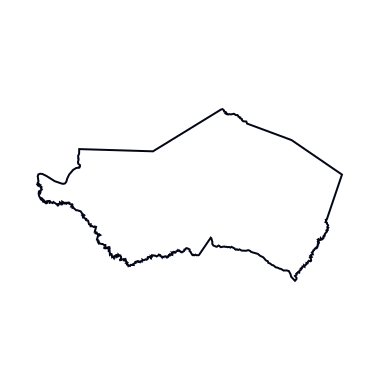 Milán, Caquetá, Colombia, rotated 124°
{"feature_id": "7082276B138661064638", "entity_name": "Milán", "entity_type": "district", "adm_level": 2, "iso_a3": "COL", "parent_name": "Colombia", "parent_adm1": "Caquetá", "projection": "robinson", "projection_center": [-75.283, 1.126], "detail": "fine", "context": "isolated", "style": "outline", "palette": "ink", "viewbox_px": 384, "rotation_deg": 124, "n_neighbors": 0, "source": "geoboundaries", "source_scale": "gbopen_adm2", "svg_char_len": 6018}
<svg xmlns="http://www.w3.org/2000/svg" viewBox="0 0 384 384"><g transform="rotate(124 192 192)"><path d="M93.7,77.4L93.3,138.5L104.5,184.6L103.2,186.4L104.7,189.0L104.5,190.6L103.7,191.3L103.9,193.4L103.2,193.7L103.6,195.7L103.1,196.1L102.8,197.3L103.7,198.6L103.7,201.0L105.9,203.1L106.4,204.3L107.6,205.5L107.4,206.1L108.1,206.8L108.1,207.4L107.8,207.1L107.7,207.5L107.5,207.3L106.9,208.5L107.3,210.4L106.5,211.1L106.2,213.0L107.3,214.0L180.1,247.1L219.5,309.5L223.4,307.0L226.0,306.5L227.6,304.9L228.0,305.0L228.5,304.2L231.2,303.1L232.1,302.2L232.4,299.9L233.6,299.1L234.2,299.5L234.9,299.1L236.8,301.4L240.1,302.9L246.1,303.6L250.5,303.0L253.9,301.9L255.9,302.1L257.0,303.0L257.8,304.5L259.8,311.8L260.1,321.6L260.7,326.0L261.7,328.0L263.3,329.2L265.2,328.7L269.1,325.2L270.6,325.0L270.8,323.8L272.2,324.6L272.8,322.9L271.5,322.4L271.2,321.8L272.2,321.8L271.9,319.7L272.5,319.3L272.6,320.0L272.9,320.0L274.0,317.9L275.8,318.6L276.4,317.7L277.9,317.2L277.9,317.7L276.9,318.8L277.2,319.2L279.3,318.1L280.9,316.3L282.3,313.7L282.1,313.4L281.3,313.4L281.2,312.9L281.6,311.2L282.6,311.9L282.6,311.0L283.3,310.1L283.1,309.4L282.3,309.2L282.8,308.6L283.0,306.6L282.5,306.3L282.4,307.4L281.9,307.8L281.5,306.2L280.5,306.9L279.0,305.0L279.1,304.4L280.2,304.3L280.5,303.9L279.5,303.3L279.1,301.3L277.8,301.3L277.8,297.9L278.2,295.6L277.5,295.5L277.2,296.7L275.7,295.0L274.5,295.7L274.5,294.1L275.3,293.3L274.7,292.7L272.6,294.2L272.5,293.1L272.9,291.3L272.7,291.1L272.3,291.7L271.6,290.7L271.4,290.4L272.0,289.9L272.0,289.5L270.7,289.2L270.5,288.6L270.1,288.8L269.8,288.5L269.5,287.7L270.3,287.4L270.2,286.0L269.2,284.4L269.4,284.1L270.1,284.2L270.5,283.2L271.2,283.9L271.6,283.9L271.2,283.0L272.0,282.2L271.4,281.6L271.9,277.8L271.2,276.7L270.3,273.5L271.4,270.7L271.5,268.2L271.8,268.2L272.1,269.4L272.6,269.8L272.7,268.9L273.3,268.9L274.1,268.1L273.6,267.0L273.9,265.4L273.5,264.7L274.5,264.2L274.5,263.5L273.9,262.7L274.0,261.9L276.3,259.4L276.3,258.5L275.5,258.0L277.1,256.9L276.9,256.5L276.1,256.4L276.0,254.1L275.7,253.6L275.0,253.4L274.6,252.0L279.3,250.4L278.9,249.8L279.6,248.9L279.0,248.2L279.3,247.8L279.9,248.1L279.6,247.2L279.9,246.4L278.9,245.5L279.0,244.0L281.3,245.3L284.6,244.2L284.4,243.4L285.2,243.0L285.0,242.0L286.3,241.7L286.4,241.4L285.8,241.1L286.8,240.3L286.1,239.5L285.7,237.9L285.1,237.1L285.1,235.1L284.4,234.2L286.4,232.9L287.0,233.7L287.5,233.5L287.3,232.5L285.7,231.5L285.7,231.2L286.2,230.9L285.7,229.5L285.1,229.4L284.3,230.2L283.9,229.7L285.1,228.5L287.2,228.2L287.1,227.6L287.6,227.7L287.7,226.7L289.6,225.2L288.7,225.1L288.6,223.7L289.5,223.4L289.7,222.6L290.7,221.8L289.3,220.9L290.1,220.5L290.5,219.6L288.1,220.1L286.7,219.6L286.9,218.7L288.0,218.1L286.7,217.3L286.5,217.5L286.8,218.1L286.2,218.4L286.0,217.4L285.1,218.0L285.2,217.3L284.7,215.9L285.1,215.6L285.3,214.7L285.8,214.2L286.6,214.0L287.1,213.3L288.4,213.8L288.7,213.5L288.1,212.7L287.0,212.2L285.7,211.0L285.8,210.6L286.4,211.0L286.8,210.1L286.5,209.7L285.8,209.2L285.6,210.2L284.8,209.7L285.5,208.8L286.3,208.7L286.7,206.1L287.8,206.7L287.8,205.8L288.5,205.4L288.2,204.6L288.9,203.5L288.2,203.4L288.2,202.4L288.0,202.0L286.7,202.1L285.2,199.6L284.6,200.4L282.2,199.1L281.9,199.9L281.3,199.7L280.8,199.1L279.5,198.3L279.5,197.9L280.0,197.4L279.6,197.1L279.3,195.9L278.4,196.1L277.7,194.8L277.4,195.2L276.2,194.7L275.9,195.0L275.9,194.5L275.2,193.5L273.7,192.8L273.5,191.7L271.9,191.3L271.5,192.0L270.7,192.2L269.6,190.9L269.3,190.3L269.5,189.9L269.1,190.0L269.2,189.6L268.5,190.2L268.5,189.1L268.0,189.0L266.8,189.8L266.3,189.0L265.9,187.6L265.4,187.3L265.2,185.2L263.6,184.7L263.1,184.0L262.4,184.3L262.1,183.2L262.7,182.8L262.4,181.0L262.7,181.3L262.9,180.5L262.5,180.7L261.8,179.0L261.1,179.0L260.0,177.9L260.0,176.8L260.5,176.5L260.4,176.1L259.6,175.6L258.9,176.0L258.7,175.5L258.1,175.4L257.3,175.8L257.2,175.4L256.8,175.4L256.7,174.6L255.9,174.4L255.6,174.8L255.3,173.8L255.1,174.1L254.4,174.2L254.3,173.8L254.0,174.1L253.3,174.0L253.2,174.5L252.9,174.0L252.9,174.3L252.1,174.0L251.6,173.3L251.6,172.4L251.0,171.8L249.8,171.8L249.1,171.2L248.7,171.3L248.4,170.7L248.1,170.8L248.2,170.3L247.7,169.9L248.1,169.4L247.7,168.6L248.0,167.3L247.6,166.6L246.9,166.6L246.6,166.1L245.4,165.6L244.1,166.1L243.4,165.3L242.7,165.6L241.7,165.3L241.2,164.0L241.0,161.8L242.4,160.9L242.4,159.6L243.0,158.9L244.0,156.5L243.9,155.9L243.3,155.8L243.0,154.5L242.0,154.1L241.9,152.9L240.7,151.2L240.2,151.0L219.4,150.9L219.5,150.2L221.9,147.3L223.6,146.2L224.0,145.5L224.4,144.3L223.8,141.3L223.5,140.8L221.5,140.0L221.4,139.1L221.7,137.4L219.1,134.7L219.0,133.9L218.3,133.1L217.9,131.7L216.9,130.6L216.6,129.1L215.4,128.6L215.0,125.2L215.4,124.3L215.3,123.3L214.4,122.8L214.2,121.3L213.0,120.5L212.8,118.1L210.4,114.2L208.8,112.9L208.3,110.9L208.6,109.7L208.4,108.7L206.5,102.9L206.8,100.0L206.3,96.3L207.4,92.3L207.0,90.5L208.1,89.0L207.6,87.4L207.8,84.8L207.3,83.6L207.6,80.3L206.9,78.9L206.6,76.6L206.0,75.2L205.9,72.2L204.1,69.7L203.4,67.5L205.0,64.4L206.8,62.4L208.0,57.0L205.8,56.7L204.6,57.5L204.0,59.7L202.0,59.0L200.9,60.5L201.0,60.1L199.7,59.0L199.0,59.3L198.4,58.9L198.5,58.2L197.0,58.9L195.6,58.3L194.8,59.1L194.1,58.8L194.4,58.3L193.8,58.2L192.1,58.7L192.0,58.4L191.4,58.3L191.1,57.0L190.1,57.9L190.1,57.3L189.1,56.9L188.2,57.2L187.0,56.5L186.6,57.2L186.1,56.4L184.7,56.9L183.6,56.6L183.4,55.2L182.8,54.8L182.0,55.0L180.7,56.3L180.3,57.5L179.2,56.6L179.0,57.6L178.6,57.2L178.2,58.2L177.0,57.9L176.2,57.0L175.9,57.5L175.0,58.0L175.0,58.7L173.5,58.4L172.6,58.8L172.0,58.3L170.2,58.5L169.7,57.7L168.4,57.2L168.3,57.9L166.6,57.5L165.9,58.1L165.2,57.9L164.8,58.6L163.1,58.3L162.8,58.7L163.4,58.9L163.3,59.4L162.8,60.0L161.6,59.8L161.1,61.1L160.5,60.8L161.0,60.2L160.9,59.6L160.1,58.9L158.6,59.4L159.2,58.2L158.3,57.5L157.8,58.1L156.6,57.3L155.4,58.2L154.9,57.7L154.4,58.1L154.1,57.6L152.2,58.4L149.5,58.0L148.7,59.1L148.3,59.0L148.2,58.2L147.6,58.1L146.5,59.2L145.5,59.0L145.4,60.2L143.5,60.5L142.9,62.3L142.1,62.9L142.3,64.5L141.1,64.5L140.2,65.5L139.4,64.9L93.7,77.4Z" fill="none" stroke="#020617" stroke-width="2"/></g></svg>